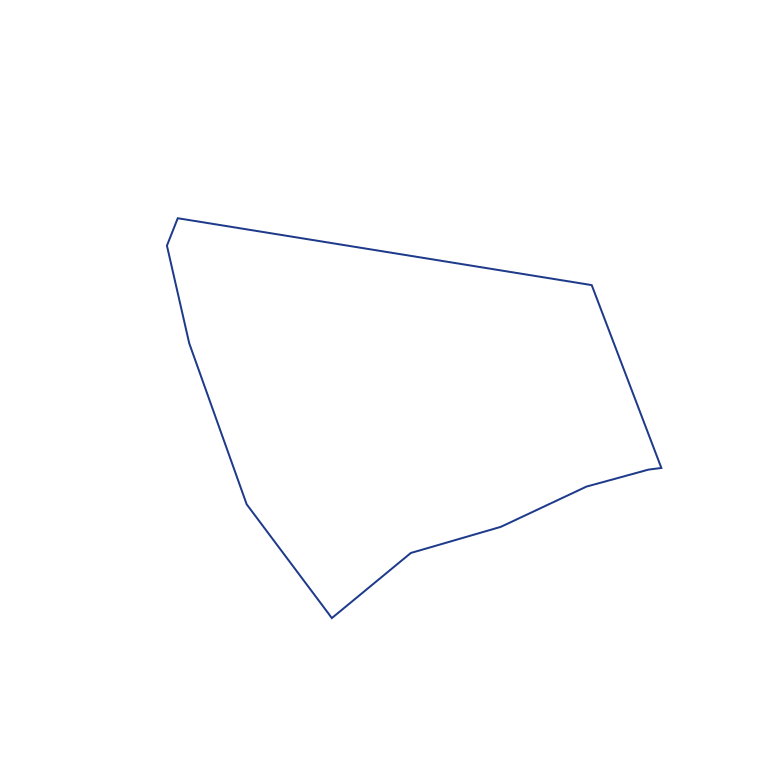 the district of 24, Ad Dawhah, Qatar, rotated 41°
{"feature_id": "91078587B3857116379359", "entity_name": "24", "entity_type": "district", "adm_level": 2, "iso_a3": "QAT", "parent_name": "Qatar", "parent_adm1": "Ad Dawhah", "projection": "albers", "projection_center": [51.519, 25.27], "detail": "fine", "context": "isolated", "style": "outline", "palette": "blue", "viewbox_px": 768, "rotation_deg": 41, "n_neighbors": 0, "source": "geoboundaries", "source_scale": "gbopen_adm2", "svg_char_len": 357}
<svg xmlns="http://www.w3.org/2000/svg" viewBox="0 0 768 768"><g transform="rotate(41 384 384)"><path d="M119.6,394.2L129.4,422.0L210.2,481.0L359.3,564.9L494.2,594.0L497.7,594.8L498.2,594.9L515.1,493.9L565.9,415.1L604.1,328.6L639.7,275.2L648.4,265.4L475.9,173.1L121.7,392.9L121.1,393.3L119.6,394.2Z" fill="none" stroke="#1e3a8a" stroke-width="2"/></g></svg>